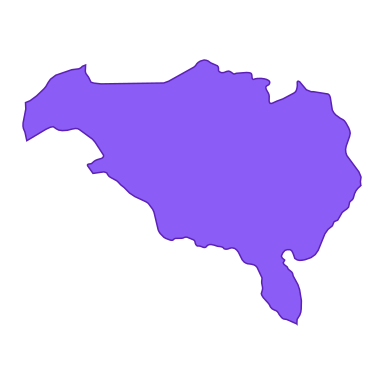 the Prefecture of Ombella-M'Poko
{"feature_id": "CAF-4856", "entity_name": "Ombella-M'Poko", "entity_type": "Prefecture", "adm_level": 1, "iso_a3": "CAF", "parent_name": "Central African Republic", "parent_adm1": "", "projection": "albers", "projection_center": [18.055, 4.882], "detail": "fine", "context": "isolated", "style": "filled", "palette": "violet", "viewbox_px": 384, "rotation_deg": 0, "n_neighbors": 0, "source": "natural_earth", "source_scale": "10m", "svg_char_len": 3821}
<svg xmlns="http://www.w3.org/2000/svg" viewBox="0 0 384 384"><path d="M360.9,185.5L357.8,188.4L356.0,190.7L354.5,193.8L353.4,197.8L352.8,199.1L351.7,200.3L350.6,201.1L349.6,202.2L348.6,207.1L346.8,209.0L344.6,210.5L342.2,212.4L337.8,220.0L337.2,220.4L334.7,221.4L334.2,221.8L333.9,222.0L332.4,225.8L328.0,229.4L324.9,233.8L318.2,250.3L315.2,254.6L311.0,257.6L305.0,259.7L302.3,260.2L299.7,260.4L297.2,259.9L294.8,258.4L293.9,255.7L292.9,253.0L291.7,250.8L290.2,249.7L287.1,249.7L285.0,250.4L283.0,252.6L281.9,254.8L281.4,256.2L282.3,258.1L284.7,260.1L283.2,262.8L284.0,264.4L287.2,266.9L288.2,269.1L291.8,272.1L292.6,273.5L293.2,276.0L297.9,284.6L299.6,289.7L301.4,300.7L301.2,308.9L300.8,312.1L299.8,315.0L297.1,319.4L296.9,322.4L296.9,324.0L296.8,323.9L286.8,319.5L283.5,318.9L282.3,318.2L281.2,317.1L279.1,314.4L278.3,312.9L277.3,311.6L276.1,310.7L274.1,309.9L272.1,308.8L270.8,307.4L270.2,306.6L269.9,305.7L268.7,303.7L263.3,297.7L261.9,295.4L261.3,293.7L262.3,290.3L262.6,288.7L262.5,287.0L261.7,283.0L261.7,281.2L262.0,278.7L261.9,277.6L257.1,267.4L255.7,265.9L254.0,264.9L251.3,264.2L247.4,263.7L245.9,263.1L244.1,262.0L242.2,259.8L238.4,252.2L236.7,250.0L234.6,248.4L231.9,247.8L230.0,248.2L227.8,249.0L225.9,249.2L224.2,248.8L222.9,247.4L221.4,246.8L219.7,246.5L218.4,246.4L217.3,246.2L214.0,245.1L211.1,244.5L209.4,244.6L208.7,244.8L208.0,245.1L207.3,245.6L206.6,246.3L205.9,247.1L204.8,247.5L203.5,247.4L200.6,246.3L199.2,246.0L197.5,246.0L196.7,245.6L195.8,244.5L195.3,243.3L194.9,241.4L194.4,240.5L193.4,239.8L187.1,237.2L185.7,237.1L184.4,237.4L183.1,238.0L181.5,238.3L175.6,238.4L174.5,238.7L173.9,239.2L173.3,239.8L172.6,240.2L171.3,240.3L169.7,239.9L165.8,238.4L163.9,237.3L160.2,233.5L159.1,231.8L158.2,229.9L154.0,212.2L152.7,209.3L148.3,203.4L147.0,202.4L145.2,201.4L134.9,196.6L129.5,193.0L124.1,187.5L120.9,185.0L118.0,181.9L116.6,180.7L110.5,177.4L108.8,176.1L107.4,174.2L106.8,172.9L105.0,172.2L103.7,171.9L93.0,173.4L87.6,165.8L87.5,165.3L87.5,164.9L87.6,164.6L87.9,164.4L88.2,164.2L88.6,164.1L90.5,163.8L91.4,163.6L92.1,163.1L94.0,161.4L95.3,160.5L97.1,159.7L101.8,158.3L102.8,157.5L103.5,156.4L103.5,155.1L95.1,142.2L92.5,139.2L79.3,129.5L77.7,128.7L75.5,128.5L72.4,129.0L67.3,130.3L62.3,130.6L58.8,130.1L56.4,128.9L53.3,126.7L50.4,127.2L45.9,129.3L26.8,140.7L25.0,132.3L23.4,128.4L23.0,126.1L23.1,122.9L25.8,109.0L25.5,102.6L30.1,100.7L36.6,95.9L44.0,88.8L45.9,86.5L48.3,82.3L50.5,79.2L55.8,75.2L71.8,69.7L78.9,68.8L80.1,68.2L81.2,67.5L82.4,66.3L85.6,65.0L85.3,71.3L85.8,73.4L88.5,77.1L91.0,82.2L93.9,83.1L101.1,83.9L163.7,83.0L168.7,81.2L193.6,67.3L194.8,66.4L195.8,65.3L196.7,63.9L198.2,62.4L200.3,61.1L204.1,60.0L206.3,60.3L208.0,60.9L210.6,62.8L217.4,65.8L218.1,66.7L218.5,68.1L218.5,70.3L218.8,71.1L219.5,71.8L221.1,72.6L222.5,72.7L224.0,72.5L226.8,71.4L228.5,71.1L229.7,71.4L231.0,72.1L233.2,73.7L234.0,74.0L234.6,73.9L235.2,73.7L236.2,73.3L246.6,72.5L249.1,72.7L250.7,73.1L251.4,73.8L251.7,74.6L251.9,75.6L252.0,76.8L252.1,77.9L252.4,78.7L253.1,79.4L253.6,79.4L255.2,78.8L257.2,78.5L261.2,78.4L264.2,78.8L266.5,79.4L267.9,80.1L268.9,80.7L269.5,81.5L269.7,82.1L269.7,82.8L269.5,83.5L269.2,84.1L268.9,84.6L268.4,84.9L267.2,85.6L266.6,86.0L266.1,86.5L265.8,87.5L266.0,88.6L266.6,90.1L268.3,93.1L268.9,94.5L269.2,96.2L269.1,100.8L269.3,102.0L270.1,103.3L271.0,103.5L272.3,103.2L276.9,101.1L282.9,98.9L294.0,93.0L295.4,91.9L296.2,90.6L296.7,89.2L297.1,87.3L297.3,85.6L297.2,82.5L297.4,81.6L298.1,81.1L299.6,81.7L306.4,89.8L311.1,91.7L313.4,91.7L328.0,94.0L329.4,95.2L330.3,97.4L332.3,110.0L333.7,112.6L335.7,114.9L340.2,118.2L343.0,119.7L344.4,120.8L346.0,123.0L348.7,127.9L349.8,130.9L350.2,133.2L349.6,136.3L346.2,146.1L345.6,149.3L345.8,152.4L346.8,155.5L358.9,171.9L360.9,176.7L361.0,177.3L360.4,181.6L360.8,185.3L360.9,185.5Z" fill="#8b5cf6" stroke="#5b21b6" stroke-width="1.5"/></svg>